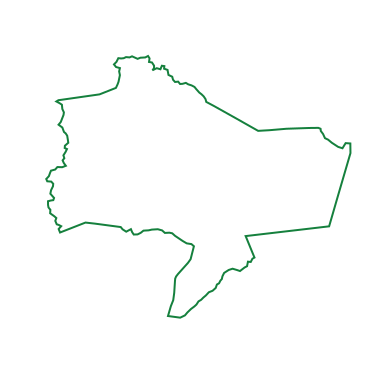 Bom Conselho, Pernambuco, Brazil (Albers equal-area conic projection), rotated 190°
{"feature_id": "56859067B86155834200709", "entity_name": "Bom Conselho", "entity_type": "district", "adm_level": 2, "iso_a3": "BRA", "parent_name": "Brazil", "parent_adm1": "Pernambuco", "projection": "albers", "projection_center": [-36.642, -9.181], "detail": "fine", "context": "isolated", "style": "outline", "palette": "green", "viewbox_px": 384, "rotation_deg": 190, "n_neighbors": 0, "source": "geoboundaries", "source_scale": "gbopen_adm2", "svg_char_len": 2449}
<svg xmlns="http://www.w3.org/2000/svg" viewBox="0 0 384 384"><g transform="rotate(190 192 192)"><path d="M314.9,129.2L291.6,143.4L282.0,144.0L256.1,145.1L253.9,143.2L249.9,141.5L245.7,144.8L244.0,142.1L242.0,140.0L238.2,140.8L235.4,142.9L233.1,145.5L230.7,146.1L228.1,146.7L225.0,148.0L219.2,149.4L214.8,149.0L211.6,147.0L207.2,148.0L204.3,147.9L201.1,145.9L196.6,143.9L192.8,142.2L188.3,140.5L183.5,140.6L180.7,138.9L181.7,125.6L183.6,121.6L191.6,108.7L193.0,106.0L193.5,103.8L193.3,101.3L192.5,94.1L192.0,89.6L191.7,82.2L193.0,75.9L194.1,65.7L181.8,66.2L177.5,69.3L175.6,72.6L172.7,76.6L169.8,79.7L168.1,81.9L166.6,85.4L164.3,87.4L162.5,90.0L160.4,92.5L158.0,96.2L154.6,98.3L152.0,101.6L151.4,105.2L149.5,106.8L148.7,109.5L147.5,111.5L147.4,114.2L146.3,117.9L142.3,121.6L138.7,123.5L134.3,123.0L131.0,122.5L127.1,126.8L124.9,128.5L124.8,133.1L122.0,133.3L120.9,136.8L119.1,138.3L121.9,142.7L131.5,157.9L100.1,167.3L79.7,173.4L51.0,182.0L47.7,212.6L42.7,257.8L44.5,267.3L49.2,266.8L51.4,261.2L55.9,261.8L62.9,264.8L67.1,267.2L70.4,268.1L73.0,271.9L75.7,274.4L76.4,276.6L78.7,277.1L87.7,275.4L109.9,270.7L126.5,266.3L137.5,263.7L162.1,272.4L185.6,280.6L193.6,283.2L194.8,285.8L197.1,288.2L199.6,289.9L202.1,291.2L205.5,293.9L207.8,295.9L210.9,296.9L214.5,297.4L217.0,298.4L220.1,296.9L222.5,296.3L224.8,298.3L227.8,297.4L230.2,299.3L231.5,302.1L235.5,303.2L237.3,308.0L240.9,308.6L241.1,311.2L243.6,311.1L244.4,307.4L248.2,307.8L252.1,305.0L250.9,307.4L251.3,309.8L253.9,312.6L256.9,312.6L257.0,316.2L258.9,318.3L261.4,316.4L266.1,315.3L268.7,313.7L274.6,315.2L276.9,313.7L280.4,313.4L282.5,311.9L285.0,311.2L287.8,311.0L289.0,307.0L291.0,304.1L288.5,301.9L284.5,301.5L284.7,298.1L283.3,294.6L283.5,287.8L284.0,285.0L285.0,281.3L300.0,272.1L337.0,260.0L339.5,259.2L341.3,257.6L337.9,256.5L335.3,255.4L334.1,251.2L332.0,248.2L331.9,245.6L333.4,238.1L335.1,235.1L330.9,233.0L328.5,228.9L326.6,227.8L324.7,225.8L323.3,221.8L322.4,219.0L325.2,215.5L325.0,213.2L322.6,212.6L323.5,209.4L325.0,205.8L323.6,203.1L324.9,200.7L323.3,198.3L320.8,195.9L324.1,193.9L328.9,193.2L330.6,190.4L334.6,188.5L335.1,186.2L335.7,182.7L337.8,179.5L336.4,177.4L332.4,177.8L330.1,176.0L329.9,173.5L331.1,169.3L331.2,165.7L326.8,162.2L327.2,159.9L329.6,159.1L332.2,157.9L331.5,154.2L330.6,151.8L328.4,149.9L328.0,146.4L323.2,144.1L321.1,142.8L321.6,139.8L319.6,136.7L317.4,136.4L314.9,135.6L316.9,132.4L314.9,129.2Z" fill="none" stroke="#15803d" stroke-width="2"/></g></svg>